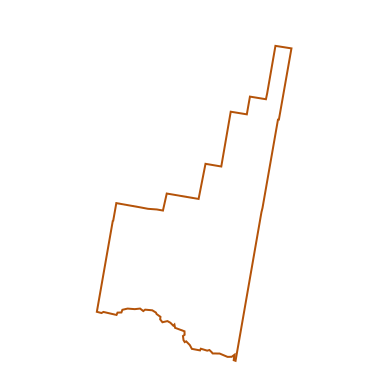 Deschutes, Oregon, United States of America, rotated 280°
{"feature_id": "52423323B1877427003284", "entity_name": "Deschutes", "entity_type": "district", "adm_level": 2, "iso_a3": "USA", "parent_name": "United States of America", "parent_adm1": "Oregon", "projection": "robinson", "projection_center": [-121.474, 44.002], "detail": "fine", "context": "isolated", "style": "outline", "palette": "amber", "viewbox_px": 384, "rotation_deg": 280, "n_neighbors": 0, "source": "geoboundaries", "source_scale": "gbopen_adm2", "svg_char_len": 927}
<svg xmlns="http://www.w3.org/2000/svg" viewBox="0 0 384 384"><g transform="rotate(280 192 192)"><path d="M167.9,119.4L150.0,119.4L149.7,119.0L57.5,119.1L57.1,123.9L58.5,125.6L57.8,139.0L60.3,139.6L61.1,143.4L63.9,143.9L66.0,148.8L66.7,156.0L68.2,161.1L66.3,164.7L68.0,166.3L68.6,173.4L67.0,177.4L65.6,178.4L63.6,182.6L61.0,182.8L58.6,185.5L60.6,190.2L59.5,193.4L57.1,196.8L58.4,197.7L55.3,198.9L53.5,208.8L50.1,209.5L48.6,208.1L44.6,209.4L42.9,210.9L43.9,212.2L40.9,216.4L37.5,219.1L37.4,227.4L39.2,227.9L38.4,234.5L39.4,236.6L37.5,239.4L36.6,240.3L37.7,247.3L35.8,255.6L36.6,259.7L39.0,262.0L33.6,262.3L33.3,264.2L134.2,264.0L184.2,263.9L188.6,264.2L278.2,264.1L278.4,265.0L350.7,265.0L350.4,248.8L302.2,248.9L296.2,248.7L296.0,232.5L278.0,232.5L277.8,216.2L222.2,216.4L222.1,200.4L186.3,199.7L186.1,167.4L168.7,166.6L168.7,160.4L167.8,151.6L167.9,143.5L167.9,119.4Z" fill="none" stroke="#b45309" stroke-width="2"/></g></svg>